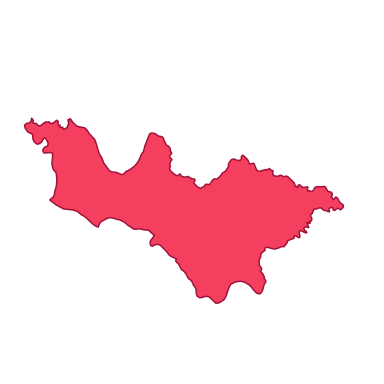 Serejeka, Maekel, Eritrea (Mercator projection), rotated 163°
{"feature_id": "51966322B5616132358630", "entity_name": "Serejeka", "entity_type": "district", "adm_level": 2, "iso_a3": "ERI", "parent_name": "Eritrea", "parent_adm1": "Maekel", "projection": "mercator", "projection_center": [38.887, 15.455], "detail": "fine", "context": "isolated", "style": "filled", "palette": "rose", "viewbox_px": 384, "rotation_deg": 163, "n_neighbors": 0, "source": "geoboundaries", "source_scale": "gbopen_adm2", "svg_char_len": 6016}
<svg xmlns="http://www.w3.org/2000/svg" viewBox="0 0 384 384"><g transform="rotate(163 192 192)"><path d="M55.1,131.6L52.1,132.9L51.2,134.4L51.3,135.8L53.2,138.1L54.0,140.2L54.6,143.4L55.3,144.6L55.7,145.0L56.3,145.1L58.4,143.4L58.9,143.3L59.1,143.6L59.5,145.2L60.2,146.7L60.1,147.2L58.8,147.8L58.5,149.0L58.6,150.3L59.2,151.4L60.5,151.9L61.8,153.0L62.4,154.8L62.8,157.3L63.2,158.1L63.7,158.6L67.6,159.4L70.3,160.4L71.8,160.7L73.4,160.1L76.1,157.7L77.3,157.5L77.9,157.6L79.3,158.9L81.1,159.2L81.1,160.1L79.8,162.7L80.0,163.1L80.8,163.3L84.2,163.7L85.1,164.5L86.6,167.0L87.4,167.5L88.3,167.5L88.7,167.3L89.4,165.6L90.2,165.9L90.7,166.4L91.5,168.0L91.6,170.9L95.9,178.6L96.8,179.4L97.8,179.8L99.5,179.6L102.2,182.1L103.2,182.2L105.6,181.8L107.0,182.7L109.0,183.6L109.3,183.8L109.3,186.8L108.3,188.4L108.6,188.8L110.2,190.0L111.3,191.9L111.6,191.9L112.6,191.1L114.9,191.9L120.8,192.1L122.4,192.6L123.3,193.2L123.8,194.6L124.4,201.0L124.7,201.4L125.1,201.6L127.8,201.6L128.9,202.6L129.2,206.0L129.6,207.1L131.5,210.6L132.6,212.2L133.5,212.2L134.2,211.7L135.3,209.1L135.9,208.4L136.3,208.2L139.2,208.8L142.4,211.4L144.2,211.5L145.0,211.3L147.8,209.3L149.2,207.5L150.0,205.2L150.6,204.7L151.6,204.2L153.1,202.4L157.2,201.3L160.8,198.7L163.7,197.3L164.7,197.3L166.8,198.0L167.9,197.8L169.5,196.9L172.7,194.2L173.4,194.1L176.5,195.4L177.3,195.1L178.6,193.9L182.6,193.1L184.1,194.1L185.4,195.6L187.5,199.8L187.7,200.3L186.7,201.2L185.7,202.5L185.6,203.2L185.9,203.5L186.3,203.9L188.7,204.9L189.6,206.3L191.2,207.8L191.8,208.2L192.6,208.0L194.7,208.4L197.2,209.9L197.5,210.4L198.0,212.6L198.7,212.7L200.5,212.0L201.7,212.1L202.1,212.3L204.1,214.6L204.6,215.7L206.2,218.0L206.7,220.8L206.3,221.6L205.3,222.7L205.1,225.0L205.2,225.5L204.2,226.4L203.0,228.1L201.8,228.7L201.9,229.9L203.1,231.2L203.1,232.4L202.4,233.3L200.1,235.0L200.6,238.0L200.1,239.9L200.9,242.5L202.4,243.9L203.0,245.6L203.7,250.5L203.7,252.6L205.5,254.2L207.7,255.3L210.2,258.6L213.4,260.3L215.6,259.9L223.4,250.1L225.2,247.1L227.0,244.5L228.8,243.4L233.5,237.9L235.1,236.4L237.3,234.8L239.6,233.4L243.9,231.9L246.6,231.2L249.2,230.9L252.2,229.1L254.7,229.5L256.6,231.3L258.6,232.9L263.0,234.7L264.8,236.8L267.9,245.5L268.2,250.5L268.6,252.7L269.3,254.5L269.5,256.8L269.5,268.8L269.9,271.5L271.3,273.6L272.0,275.7L273.3,277.9L273.8,280.3L274.7,282.9L275.9,284.8L281.5,287.7L283.1,289.1L285.8,293.6L285.8,294.3L286.4,295.0L286.2,295.2L286.2,295.8L286.5,296.1L286.7,297.1L287.1,297.6L289.3,297.4L289.6,296.8L289.6,296.4L289.1,296.0L289.2,295.6L289.7,295.3L289.9,294.9L289.7,293.5L290.3,292.6L291.2,292.3L291.7,291.7L292.4,289.8L293.8,290.0L294.4,289.7L296.1,289.4L296.9,291.1L296.8,291.8L298.0,292.1L298.9,292.0L299.5,292.9L299.0,293.7L298.7,294.5L299.6,294.9L300.3,294.9L300.1,296.8L299.4,298.1L299.8,299.6L300.2,300.1L302.5,299.5L303.2,298.8L305.0,298.7L305.2,298.3L307.1,298.9L307.7,299.4L308.1,300.9L309.2,300.9L311.6,301.9L312.0,301.8L312.8,301.1L314.0,301.2L314.7,301.0L316.6,299.7L318.1,300.1L318.8,299.9L319.3,300.0L319.4,300.4L320.3,301.1L320.3,301.9L320.9,303.1L323.6,304.1L323.8,304.4L323.6,305.5L322.8,306.5L323.3,308.3L323.7,309.3L324.1,309.1L324.8,307.3L325.2,306.8L325.9,306.6L326.9,305.7L327.7,305.4L328.8,305.9L329.9,306.1L330.9,305.4L332.5,305.1L332.8,302.6L332.8,301.5L331.7,298.2L331.0,296.8L328.9,295.1L327.9,293.9L327.7,293.4L328.6,289.3L328.5,287.2L328.2,286.1L326.8,283.7L325.8,282.9L324.6,282.8L321.5,283.5L319.4,285.6L317.8,286.7L317.2,286.7L315.9,285.0L315.3,280.6L315.9,279.2L316.6,278.4L317.4,278.1L319.3,278.0L320.2,277.7L322.0,276.3L322.6,275.1L322.6,273.8L322.1,272.7L321.4,272.3L316.6,271.3L315.1,270.6L314.1,269.7L314.0,269.3L317.6,260.2L318.0,258.4L318.1,254.6L317.8,253.4L316.6,250.6L316.4,249.3L317.5,243.9L318.5,241.1L320.2,236.8L322.0,234.3L323.9,231.0L324.2,230.0L325.5,228.4L326.8,227.5L329.9,226.3L330.2,225.9L330.0,225.2L327.5,222.1L325.7,219.4L319.8,213.4L310.6,209.4L307.4,207.0L304.3,202.4L302.5,200.7L300.7,198.2L296.1,190.2L294.7,188.2L293.3,186.9L291.8,185.9L290.5,188.1L288.8,189.5L286.7,190.4L280.2,191.7L277.7,191.4L274.9,190.0L272.8,188.5L268.8,186.1L265.3,182.7L262.8,178.6L261.0,176.7L259.2,174.1L256.4,172.7L253.4,172.4L249.4,170.1L244.8,168.2L240.8,161.5L242.5,160.0L246.0,157.5L247.1,155.4L247.2,152.7L245.3,151.7L242.9,152.4L239.4,151.7L237.9,150.3L233.8,142.8L232.5,138.9L231.1,136.8L226.5,132.5L227.8,131.0L227.1,129.0L225.9,127.0L224.8,120.9L223.4,119.3L222.4,117.4L221.5,114.5L220.8,110.4L218.6,107.5L218.0,104.6L217.8,102.2L216.9,99.9L216.5,97.6L217.1,95.7L217.6,93.0L217.5,90.8L215.3,88.5L212.6,88.2L210.0,88.3L206.7,87.2L204.1,83.1L201.7,78.6L198.5,78.1L194.2,79.2L192.3,80.0L189.5,82.9L186.9,86.7L183.6,90.9L181.7,92.5L176.9,93.2L174.7,93.1L171.2,92.3L168.0,90.3L164.3,86.2L162.9,83.4L162.1,81.1L159.9,76.6L157.2,74.7L155.2,75.5L153.7,76.9L151.9,79.3L150.7,81.6L147.4,84.9L147.7,87.0L148.3,87.6L148.5,88.0L147.7,89.2L148.2,92.9L148.8,94.5L149.6,96.0L149.7,96.6L149.3,97.0L148.5,97.1L147.8,98.2L147.8,98.8L149.0,102.1L147.9,106.5L147.6,107.4L146.3,108.8L144.9,110.7L144.1,112.7L140.9,114.4L139.5,114.6L138.7,116.7L138.4,117.0L137.5,117.3L136.2,117.1L130.7,113.8L129.1,113.2L126.5,113.1L122.3,113.6L119.9,112.8L116.7,115.0L115.7,115.9L114.8,117.5L108.1,117.9L107.7,118.3L107.2,119.8L106.8,120.2L106.2,120.2L104.9,119.0L103.7,117.4L102.7,117.0L102.2,117.3L101.8,118.1L101.4,121.4L101.0,122.7L100.8,123.0L99.7,123.4L99.1,123.1L95.6,120.0L94.8,119.5L94.2,119.6L94.2,120.4L95.5,123.1L95.5,123.6L95.8,124.2L95.7,124.7L94.9,125.3L93.8,125.4L92.8,125.1L91.3,124.0L90.8,124.0L90.7,125.3L91.1,128.7L90.9,129.2L90.4,129.1L89.3,127.7L88.4,127.7L88.0,128.0L88.0,129.5L87.7,129.7L86.7,129.4L86.3,129.5L85.2,131.2L85.2,132.0L85.6,133.8L85.3,135.2L84.6,135.8L83.0,136.5L82.1,138.0L81.7,138.2L80.9,139.7L80.5,139.8L78.2,139.4L74.8,139.6L73.5,139.2L71.5,136.2L68.7,134.5L67.0,133.1L66.3,133.0L66.1,133.5L66.3,135.0L65.7,136.1L64.9,136.5L64.0,136.3L63.0,136.4L62.3,136.2L62.0,135.5L62.2,133.5L61.2,132.7L60.7,132.7L58.3,133.8L57.1,133.6L55.1,131.6Z" fill="#f43f5e" stroke="#9f1239" stroke-width="1.5"/></g></svg>